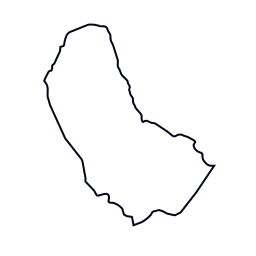 the County of Grand Cape Mount, rotated 284°
{"feature_id": "LBR-786", "entity_name": "Grand Cape Mount", "entity_type": "County", "adm_level": 1, "iso_a3": "LBR", "parent_name": "Liberia", "parent_adm1": "", "projection": "albers", "projection_center": [-10.956, 7.068], "detail": "fine", "context": "isolated", "style": "outline", "palette": "ink", "viewbox_px": 256, "rotation_deg": 284, "n_neighbors": 0, "source": "natural_earth", "source_scale": "10m", "svg_char_len": 2091}
<svg xmlns="http://www.w3.org/2000/svg" viewBox="0 0 256 256"><g transform="rotate(284 128 128)"><path d="M35.0,156.9L41.2,154.1L42.7,153.2L42.2,148.3L43.1,145.0L48.4,141.9L50.2,138.7L51.4,135.0L51.8,132.1L51.2,128.2L51.8,126.9L56.0,126.4L57.4,125.9L58.5,124.9L58.9,123.2L58.2,120.7L55.5,116.2L55.0,114.2L55.6,113.4L59.1,110.2L65.8,99.6L69.1,98.9L85.0,91.7L86.7,90.2L99.3,74.0L102.7,69.6L131.4,46.8L139.3,42.3L146.7,40.6L149.2,39.5L151.4,37.8L153.4,35.3L156.0,35.6L162.9,37.2L163.5,37.5L164.4,38.1L165.0,39.5L165.6,39.8L166.2,40.0L167.3,40.0L170.0,39.4L170.5,39.4L170.9,39.7L172.6,40.9L186.5,43.5L187.5,43.2L190.3,42.8L191.9,45.4L193.1,45.9L196.4,45.6L199.5,45.6L203.3,46.1L205.3,46.9L207.0,48.3L218.3,64.0L218.8,65.0L219.4,66.8L220.1,70.8L220.2,74.6L220.0,76.3L221.0,80.7L220.7,82.1L219.9,83.4L217.3,85.2L216.0,86.5L215.4,87.2L214.7,87.9L213.8,88.4L209.8,89.7L208.9,90.1L208.0,90.7L205.2,93.2L191.2,101.8L186.6,102.8L185.6,103.1L184.7,103.6L184.0,104.2L183.4,104.9L182.7,105.6L178.7,108.4L178.0,109.2L177.2,110.2L174.2,115.3L173.8,115.8L173.2,116.3L171.5,117.1L170.1,118.4L169.5,119.1L168.7,119.6L167.8,119.9L165.9,119.8L165.0,120.1L161.5,122.0L160.6,122.7L159.0,124.6L158.3,125.3L157.3,125.8L154.3,126.7L153.4,127.2L152.7,127.8L151.4,129.1L150.8,129.6L149.7,130.2L147.9,132.4L145.7,135.8L144.4,137.4L143.2,138.3L140.7,138.8L139.4,139.3L138.0,140.2L137.5,141.2L137.5,141.3L138.9,142.6L139.6,144.7L138.8,148.5L138.7,150.2L139.0,152.2L138.8,153.8L133.8,167.6L131.2,173.1L131.0,174.6L131.3,175.7L133.3,177.8L133.9,179.0L134.5,181.2L134.0,184.2L133.8,188.1L132.2,194.2L131.7,195.5L131.4,196.0L131.0,196.4L130.3,196.6L128.7,196.0L127.8,195.8L127.1,195.9L126.4,196.1L125.7,196.6L124.7,197.3L123.7,198.3L122.5,200.4L121.9,202.2L121.6,204.6L121.2,205.9L120.5,206.6L118.4,207.1L116.5,207.9L115.7,208.4L114.7,209.3L113.7,210.5L112.2,212.8L111.5,214.4L111.3,215.8L111.6,218.3L112.2,220.7L82.0,209.8L58.8,199.5L54.6,194.5L54.4,186.7L55.5,182.4L55.8,180.6L55.9,178.0L53.2,173.0L52.5,172.1L48.9,171.0L45.1,168.6L41.8,165.9L39.9,164.0L35.0,156.9Z" fill="none" stroke="#020617" stroke-width="2"/></g></svg>